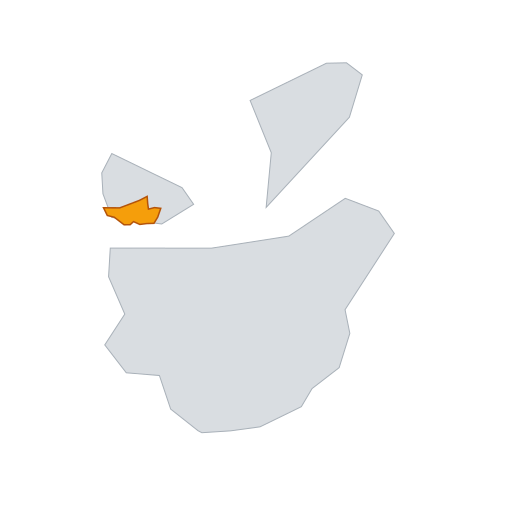 Eastern on a map of Hong Kong S.A.R. (Natural Earth projection), rotated 154°
{"feature_id": "HKG-5155", "entity_name": "Eastern", "entity_type": "state/province", "adm_level": 1, "iso_a3": "HKG", "parent_name": "Hong Kong S.A.R.", "parent_adm1": "", "projection": "natural_earth1", "projection_center": [114.211, 22.27], "detail": "fine", "context": "in_parent", "style": "filled", "palette": "amber", "viewbox_px": 512, "rotation_deg": 154, "n_neighbors": 0, "source": "natural_earth", "source_scale": "10m", "svg_char_len": 917}
<svg xmlns="http://www.w3.org/2000/svg" viewBox="0 0 512 512"><g transform="rotate(154 256 256)"><path d="M205.6,145.3L207.6,143.2L230.2,119.2L263.7,112.3L281.3,100.7L327.3,100.7L355.5,110.0L382.1,120.9L384.7,124.4L399.8,155.8L395.2,190.9L423.8,207.9L430.9,242.4L399.4,261.3L397.6,302.0L383.5,327.0L292.7,282.6L217.8,259.5L150.5,268.7L126.0,242.6L121.8,215.6L199.5,168.7L205.6,145.3ZM193.1,398.4L108.2,398.4L90.0,390.0L81.1,372.2L111.2,339.8L225.6,295.2L197.0,342.1L193.1,398.4ZM358.2,398.3L340.7,411.3L292.5,349.8L289.4,329.8L326.7,326.1L368.7,353.8L366.3,379.0L358.2,398.3Z" fill="#d9dde1" stroke="#a8b0b8" stroke-width="1"/><path d="M320.7,340.6L327.3,334.0L333.4,330.1L340.1,333.1L346.6,335.3L351.0,340.6L355.4,339.3L360.9,341.9L366.4,353.0L371.9,357.6L371.9,366.2L357.4,359.0L336.5,357.1L327.7,357.3L330.4,350.5L332.1,345.3L326.0,344.0L320.7,340.6Z" fill="#f59e0b" stroke="#b45309" stroke-width="1.5"/></g></svg>